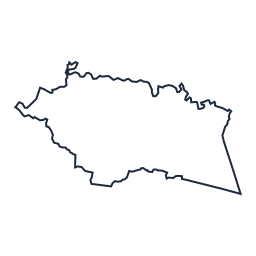 Las Marías, Puerto Rico
{"feature_id": "32010507B72195961791628", "entity_name": "Las Marías", "entity_type": "district", "adm_level": 2, "iso_a3": "PRI", "parent_name": "Puerto Rico", "parent_adm1": "", "projection": "mercator", "projection_center": [-66.994, 18.239], "detail": "fine", "context": "isolated", "style": "outline", "palette": "slate", "viewbox_px": 256, "rotation_deg": 0, "n_neighbors": 0, "source": "geoboundaries", "source_scale": "gbopen_adm2", "svg_char_len": 2273}
<svg xmlns="http://www.w3.org/2000/svg" viewBox="0 0 256 256"><path d="M69.3,62.4L68.8,64.4L67.5,65.1L67.7,67.8L65.7,72.6L67.3,75.2L67.2,77.6L65.9,79.2L66.5,85.2L64.2,86.8L60.1,86.8L55.8,89.3L52.3,89.9L52.6,92.1L51.9,92.9L50.1,92.7L43.8,89.1L40.1,87.7L36.4,98.7L35.9,99.3L33.2,102.0L27.3,107.7L24.8,107.8L22.5,103.7L19.1,102.2L15.4,107.3L15.9,107.4L19.2,110.1L23.4,115.5L24.9,116.4L28.7,115.0L33.2,118.3L34.4,117.0L40.1,120.3L43.5,119.9L45.5,118.6L47.3,119.6L46.1,123.0L46.4,126.5L48.6,126.9L51.0,130.3L52.9,134.9L52.0,138.6L54.1,142.7L58.3,143.8L59.5,146.4L61.9,147.3L65.8,147.6L66.6,149.2L69.1,150.2L70.4,152.5L71.7,153.0L73.6,154.3L75.4,154.8L75.1,167.4L77.8,166.4L81.7,167.1L85.0,170.9L92.6,172.6L91.8,177.2L90.4,180.3L91.5,183.9L111.1,186.4L112.5,183.3L114.9,181.2L117.7,181.7L120.9,181.3L122.9,179.5L124.6,179.4L126.8,177.6L129.2,171.0L132.1,171.7L140.7,169.3L141.3,168.2L143.3,168.1L146.6,170.5L147.3,170.1L148.2,171.5L152.2,172.0L153.5,169.6L156.1,169.5L157.4,170.3L162.4,170.7L167.1,172.6L165.9,175.5L166.7,178.5L168.4,177.6L173.2,178.0L175.9,176.0L178.7,175.9L181.9,176.2L182.0,178.9L186.5,179.9L219.9,188.3L220.1,188.3L240.6,193.9L232.3,167.5L223.9,141.6L222.4,135.5L224.0,130.5L225.0,127.1L227.2,124.3L227.9,121.0L229.6,118.9L228.8,116.8L229.8,113.0L231.2,111.4L229.3,109.6L227.7,111.0L222.6,108.1L216.0,106.1L215.0,105.3L215.2,103.6L214.5,101.8L210.5,103.9L209.0,100.4L207.9,100.2L204.6,101.6L201.1,102.6L201.7,104.7L203.9,104.7L204.3,106.6L202.9,108.1L200.6,108.8L198.4,108.8L197.2,102.5L196.3,101.9L191.2,102.3L190.9,98.3L189.5,97.4L186.7,100.4L185.2,99.7L186.0,96.5L188.0,93.9L187.0,92.2L184.2,90.1L183.0,85.7L181.6,83.6L179.5,85.9L181.4,89.4L179.1,92.0L177.3,92.0L176.0,88.3L172.4,85.9L168.7,85.1L164.0,86.3L162.9,87.6L158.5,86.2L158.0,89.8L158.3,93.0L155.8,96.1L153.2,96.1L151.9,92.4L151.9,89.6L148.8,82.8L146.2,81.8L143.6,81.6L140.7,80.1L136.5,82.0L131.9,81.4L128.7,79.0L126.9,79.1L124.6,80.6L122.8,80.5L117.9,78.1L113.5,79.9L108.8,76.1L107.3,76.1L101.6,76.6L99.8,75.8L96.5,78.6L93.2,78.9L91.7,76.0L91.2,74.4L88.4,72.8L86.5,73.1L84.0,76.5L82.1,76.9L80.1,76.4L78.7,73.7L75.6,72.3L74.1,72.6L70.4,74.4L69.0,74.4L67.6,71.6L68.4,70.7L69.1,69.6L73.8,68.9L75.5,67.7L77.6,63.2L75.5,62.1L71.4,64.7L69.3,62.4Z" fill="none" stroke="#1e293b" stroke-width="2"/></svg>